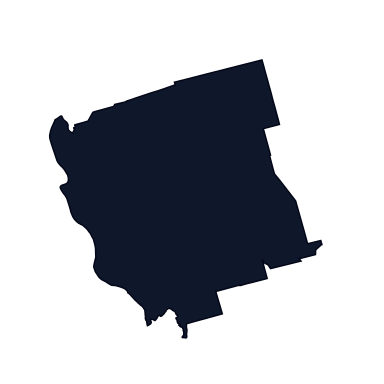 San Jerónimo, Santa Fe, Argentina, rotated 153°
{"feature_id": "61730980B41711157234352", "entity_name": "San Jerónimo", "entity_type": "district", "adm_level": 2, "iso_a3": "ARG", "parent_name": "Argentina", "parent_adm1": "Santa Fe", "projection": "natural_earth1", "projection_center": [-60.965, -32.143], "detail": "fine", "context": "isolated", "style": "filled", "palette": "ink", "viewbox_px": 384, "rotation_deg": 153, "n_neighbors": 0, "source": "geoboundaries", "source_scale": "gbopen_adm2", "svg_char_len": 5443}
<svg xmlns="http://www.w3.org/2000/svg" viewBox="0 0 384 384"><g transform="rotate(153 192 192)"><path d="M294.9,131.1L294.4,130.3L293.9,129.5L293.1,126.4L291.5,120.7L291.1,119.9L290.3,117.4L288.9,114.0L288.0,112.0L287.9,110.3L287.6,108.4L287.9,107.5L288.9,105.0L289.4,104.0L289.8,102.6L290.9,100.6L291.2,99.6L291.3,98.8L291.2,98.3L291.1,97.2L291.4,96.6L291.8,95.5L291.9,95.1L292.4,93.5L292.4,93.1L290.8,93.1L290.1,93.2L289.4,93.2L288.9,93.3L288.5,93.5L288.0,93.8L287.7,94.0L287.5,94.4L287.4,94.9L287.3,95.2L287.2,95.8L287.2,96.5L287.1,96.8L286.8,97.0L286.1,97.5L285.9,97.4L285.8,97.2L285.7,97.0L285.4,96.6L285.1,96.5L284.6,96.1L284.4,95.8L284.3,95.5L283.9,95.1L283.8,94.7L283.4,94.3L282.8,94.4L282.3,94.6L282.0,94.7L281.4,95.1L280.9,95.2L280.1,95.9L279.8,96.1L279.3,96.3L278.9,96.6L278.8,96.8L278.6,96.9L278.2,96.9L277.9,97.1L277.4,97.1L277.2,97.0L276.6,96.8L276.7,96.1L276.6,95.7L276.2,95.4L275.3,95.3L274.6,95.5L274.4,95.6L273.7,95.8L272.8,96.0L272.4,96.3L271.9,96.3L271.3,96.8L270.6,97.2L269.9,97.4L269.2,97.8L268.6,98.3L268.0,98.6L266.7,98.9L266.4,98.9L265.6,98.7L265.1,98.6L264.7,98.5L264.6,98.4L264.4,98.2L264.3,97.8L264.1,97.5L263.8,97.2L263.6,97.1L263.3,96.5L263.1,95.6L262.9,95.3L262.6,94.7L262.2,94.2L261.9,94.0L261.7,93.9L261.5,93.6L261.4,93.4L261.4,93.2L261.4,92.9L261.5,92.6L261.5,92.2L261.6,89.9L261.6,89.7L261.4,89.5L261.3,89.4L260.8,89.1L260.5,88.9L260.4,88.8L260.4,88.7L260.5,88.5L261.1,88.6L261.3,88.5L261.3,88.3L261.3,87.9L262.0,86.9L262.4,86.8L262.6,86.8L262.9,86.9L263.0,87.0L263.4,87.0L263.5,87.0L263.5,86.9L263.7,86.4L263.7,86.2L263.7,85.8L263.5,85.4L263.4,85.1L263.3,84.8L263.4,84.7L263.6,84.4L263.7,84.2L263.7,83.9L263.7,83.7L263.7,83.4L264.1,83.0L264.1,82.9L263.6,82.6L263.6,82.2L263.8,82.0L264.1,81.9L264.2,81.7L264.0,81.4L263.6,80.9L263.5,80.7L263.5,80.2L263.7,79.7L263.8,79.6L264.2,79.4L264.1,79.1L263.9,78.9L263.2,78.8L263.0,78.6L263.1,78.4L263.2,78.2L263.7,78.1L263.8,77.9L263.4,77.2L263.1,76.8L262.8,76.5L262.5,76.4L262.4,76.2L262.3,75.9L262.1,75.1L262.1,74.9L262.2,74.5L262.2,74.3L262.0,74.1L262.0,73.9L262.1,73.6L262.3,73.3L262.6,72.9L262.7,72.5L262.7,72.1L262.8,71.5L263.4,70.0L263.5,69.8L263.6,69.3L263.7,69.1L263.8,68.9L264.0,68.9L264.2,68.7L264.4,68.4L264.6,68.2L264.8,68.1L265.2,68.0L265.5,67.7L266.0,67.5L266.5,67.3L266.7,67.1L266.6,66.8L266.6,66.6L265.8,66.2L265.0,65.7L264.8,65.6L264.3,65.3L264.1,65.0L263.8,64.8L263.5,64.7L263.2,64.7L262.8,64.9L262.4,65.4L262.0,66.1L261.5,67.9L260.9,68.5L259.1,71.4L258.8,72.5L258.3,74.3L257.6,75.3L256.9,77.1L249.1,75.6L237.6,73.2L235.6,72.8L224.9,70.6L220.3,69.7L218.6,78.8L216.0,92.6L208.1,90.9L191.6,87.4L191.7,86.8L189.3,86.3L184.6,85.4L183.5,85.1L178.8,84.0L164.3,80.8L162.9,87.3L162.0,91.8L161.4,94.4L160.4,99.0L160.1,98.7L160.1,98.1L160.1,97.2L160.0,96.6L159.7,96.2L159.3,95.2L159.2,95.0L158.8,94.6L158.4,94.1L158.2,93.8L157.8,93.4L157.6,93.1L157.5,92.8L157.3,92.1L157.1,91.1L157.0,89.6L156.9,89.6L156.7,89.6L156.5,89.1L156.7,88.8L156.8,88.4L156.8,88.1L139.6,84.1L126.2,81.0L126.9,83.9L110.4,80.2L108.2,84.0L107.9,84.3L107.6,84.4L106.5,84.7L104.0,85.4L103.8,85.4L101.1,86.2L100.6,86.3L100.4,86.3L100.1,86.2L99.3,90.3L106.5,92.0L112.5,93.4L109.9,106.0L107.3,119.1L103.7,137.1L108.5,162.4L110.3,170.6L109.9,172.7L109.9,172.8L108.7,178.5L106.3,189.4L105.3,189.2L103.1,199.7L103.1,199.8L99.7,216.1L83.4,212.5L82.0,218.7L81.9,219.3L79.7,229.7L78.5,235.8L76.4,245.2L75.1,251.8L73.9,257.3L72.7,263.5L70.7,272.9L69.7,277.9L86.5,281.7L94.5,283.5L101.2,285.0L119.7,289.2L155.7,297.3L157.8,297.8L158.4,295.1L161.0,295.5L174.3,297.3L178.7,298.0L182.9,298.8L196.8,300.9L209.1,302.7L209.6,302.4L209.9,302.4L210.2,302.5L210.3,302.6L210.5,302.5L221.1,305.1L223.0,303.8L238.5,307.0L239.0,307.1L242.0,307.7L244.1,308.0L246.4,306.5L246.8,306.2L252.5,302.4L255.5,303.0L255.8,303.0L264.1,304.7L263.8,304.4L263.7,304.0L263.8,303.9L264.0,303.9L264.3,303.9L264.6,303.9L265.0,304.1L265.4,304.5L265.8,304.8L266.1,304.8L266.2,304.6L265.8,304.3L265.7,304.0L265.7,303.8L265.9,303.6L266.5,303.1L267.1,302.5L267.4,302.1L267.6,302.0L267.8,302.0L267.7,302.4L267.7,302.8L267.8,303.0L268.0,303.0L268.3,302.9L268.4,302.7L268.4,302.4L268.2,302.0L268.2,301.4L268.9,300.8L271.2,299.0L271.5,298.9L271.8,299.0L272.6,300.0L273.3,301.4L273.9,303.0L273.7,304.3L273.3,305.6L272.6,306.9L272.1,307.8L271.9,308.8L271.9,309.4L272.0,310.7L272.3,311.8L273.3,313.7L273.6,315.2L273.7,315.8L273.7,316.4L273.6,318.0L273.7,318.7L274.0,319.1L274.4,319.3L276.2,319.0L279.1,318.6L281.2,318.5L281.5,318.1L282.1,317.6L282.3,317.4L283.5,316.5L284.1,316.1L284.9,315.3L287.4,313.4L289.0,311.9L289.5,311.4L290.7,310.1L293.0,307.2L293.5,306.3L293.7,305.7L293.9,305.4L294.4,304.0L295.5,298.2L298.0,281.4L298.0,280.2L297.8,278.0L296.9,274.4L296.3,273.1L295.5,269.4L295.3,266.1L295.1,263.3L295.9,260.4L296.8,258.6L297.9,257.4L299.4,256.6L300.9,256.5L305.1,257.1L306.6,256.8L307.2,256.1L307.5,255.2L307.6,253.6L307.4,251.0L307.1,248.8L306.6,246.6L306.4,243.4L306.9,240.0L308.1,233.0L309.1,228.5L309.4,224.1L309.1,221.1L308.3,218.3L307.2,215.7L306.5,214.9L305.9,213.8L305.0,212.8L304.2,211.5L303.6,209.8L302.8,207.8L302.3,206.2L301.8,203.0L301.4,201.4L301.4,197.9L301.3,194.5L302.2,190.3L303.0,187.1L304.0,184.5L305.2,182.1L305.9,180.6L306.6,179.1L307.2,177.7L310.5,173.9L312.5,171.5L313.6,169.7L314.3,165.0L313.7,159.2L313.2,157.1L312.1,154.7L309.4,151.0L308.2,148.7L306.0,145.4L302.8,143.5L300.2,141.2L298.6,139.6L297.1,138.0L295.5,135.8L294.6,133.0L294.9,131.1Z" fill="#0f172a" stroke="#020617" stroke-width="1.5"/></g></svg>